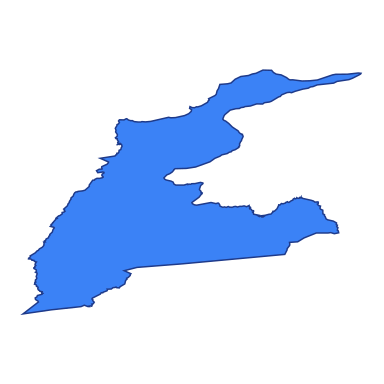 outline of Langanesbyggð, Norðurland eystra, Iceland
{"feature_id": "244011B59191424948734", "entity_name": "Langanesbyggð", "entity_type": "district", "adm_level": 2, "iso_a3": "ISL", "parent_name": "Iceland", "parent_adm1": "Norðurland eystra", "projection": "natural_earth1", "projection_center": [-15.117, 66.073], "detail": "fine", "context": "isolated", "style": "filled", "palette": "blue", "viewbox_px": 384, "rotation_deg": 0, "n_neighbors": 0, "source": "geoboundaries", "source_scale": "gbopen_adm2", "svg_char_len": 5945}
<svg xmlns="http://www.w3.org/2000/svg" viewBox="0 0 384 384"><path d="M23.0,313.9L51.3,309.8L81.1,306.6L84.3,305.2L88.0,306.6L89.0,306.6L88.6,306.2L90.3,305.9L91.7,306.2L92.2,304.9L91.8,304.1L93.0,303.9L94.0,302.7L93.8,302.6L94.0,301.9L92.7,300.6L92.8,299.6L92.1,299.3L92.1,298.4L92.4,298.1L100.3,294.1L101.3,292.7L102.8,292.8L103.2,292.2L107.0,290.8L107.6,289.6L107.3,289.2L111.4,289.0L112.9,287.7L115.3,287.4L116.0,287.0L116.7,287.7L119.3,287.9L120.1,286.7L124.8,283.9L125.6,280.5L127.0,279.1L126.6,278.3L128.3,277.4L130.2,275.5L130.1,274.8L130.9,273.7L124.2,270.7L137.0,267.4L181.6,263.9L284.8,254.4L287.0,250.1L287.2,248.6L289.6,245.5L289.8,244.3L289.5,242.4L297.7,241.8L304.1,237.9L316.3,233.0L327.9,233.0L330.8,232.6L334.3,233.7L338.7,232.8L338.3,230.9L337.3,230.2L337.9,227.5L336.7,226.7L337.4,225.2L336.3,224.6L336.5,222.9L333.3,221.1L327.6,219.8L326.1,218.9L325.3,216.8L324.4,215.6L324.5,214.7L322.9,213.8L322.8,210.2L320.4,209.1L320.0,208.2L320.5,206.1L318.5,205.5L317.4,204.1L318.2,203.6L318.3,202.2L318.0,201.9L314.9,202.1L313.4,201.0L311.2,200.3L302.3,198.3L301.9,197.7L301.0,197.9L301.0,197.1L300.5,197.8L299.6,197.5L299.2,198.3L297.6,198.3L296.8,197.7L296.6,198.3L295.5,198.8L294.7,198.7L294.5,198.3L293.8,198.7L293.0,199.3L292.8,200.2L291.3,200.7L289.0,202.4L288.1,202.3L287.5,201.7L285.7,202.5L285.5,203.0L283.0,203.8L281.4,203.5L279.9,205.0L278.8,204.8L278.1,204.9L278.8,205.1L277.0,208.8L274.4,211.2L272.2,211.4L273.4,211.6L273.1,211.9L272.6,211.6L272.9,212.0L270.8,214.2L269.3,214.2L265.1,215.3L260.9,215.8L262.3,216.2L264.5,216.0L263.2,216.9L261.8,217.0L260.8,216.1L259.4,216.6L258.1,215.8L260.5,215.6L253.6,214.2L253.3,212.6L252.8,212.4L253.6,211.4L253.5,210.7L252.1,210.7L251.4,209.5L250.6,208.8L249.8,208.9L249.5,208.1L250.4,207.3L249.1,206.4L249.1,205.5L246.6,206.7L244.1,205.9L241.6,206.4L239.9,206.3L237.5,207.0L235.7,206.4L234.0,206.6L231.9,207.4L231.0,207.1L229.9,207.3L228.3,206.5L226.2,207.4L224.5,206.9L222.8,207.3L220.0,206.1L219.7,204.8L218.8,203.4L218.1,203.0L215.9,203.6L211.0,202.5L196.6,205.2L194.3,204.8L192.3,203.6L191.9,202.5L199.1,197.2L201.2,194.4L202.0,193.8L202.2,193.2L201.3,192.9L201.7,192.5L201.0,192.0L200.9,191.2L199.8,190.1L199.4,189.3L200.7,185.5L202.7,183.9L203.0,183.4L202.9,183.0L200.5,182.4L195.0,183.6L191.7,183.7L190.7,184.3L188.8,184.1L187.9,184.6L187.4,184.0L184.0,185.1L175.8,185.1L174.0,184.1L173.1,182.1L171.0,181.1L166.2,180.0L164.6,179.1L163.9,177.9L166.8,174.9L169.7,173.7L172.1,172.1L173.8,170.2L173.8,169.7L175.1,168.7L186.4,168.4L195.6,167.0L210.0,161.8L214.9,158.3L220.0,156.2L221.7,154.9L227.4,153.5L229.1,152.3L231.4,151.7L232.1,150.7L235.2,149.7L238.9,147.4L238.7,146.8L239.7,145.8L239.5,143.8L240.3,142.5L240.4,141.9L241.5,140.7L241.6,139.8L243.1,136.6L242.8,135.3L242.1,134.8L242.3,134.3L240.4,133.6L239.0,132.4L238.4,131.1L232.3,127.0L228.7,123.4L225.7,121.1L223.7,120.2L222.8,119.1L224.0,115.9L224.9,114.6L230.2,110.1L235.9,108.7L239.4,108.5L240.9,107.6L243.8,107.2L244.8,106.6L250.4,106.0L256.7,103.9L262.7,104.0L264.4,102.7L269.4,102.0L271.3,101.3L278.8,96.8L280.2,96.5L281.7,94.8L287.0,92.6L289.5,92.3L291.6,92.7L295.1,91.3L302.9,89.1L308.2,88.2L310.6,86.9L313.0,86.6L317.2,84.9L333.7,83.1L337.1,81.4L349.0,79.6L352.4,78.3L358.9,75.0L360.6,74.0L361.0,73.3L358.3,73.0L347.5,74.2L335.7,74.3L332.5,74.9L317.4,80.0L309.6,80.8L302.1,81.0L292.7,79.8L290.3,79.9L288.8,79.4L286.6,77.6L281.2,74.9L276.2,74.1L273.5,72.5L271.6,70.3L262.9,70.1L256.0,73.3L252.3,74.0L248.5,75.5L240.8,76.5L235.2,79.2L231.0,83.0L227.5,83.8L219.9,84.4L218.5,88.6L217.1,90.8L216.2,94.4L214.9,95.6L208.6,98.7L209.2,99.9L208.2,100.9L207.6,102.3L201.4,105.8L197.7,106.9L196.4,106.8L194.6,107.7L192.1,107.6L190.0,106.6L189.6,108.4L191.6,109.7L191.2,111.4L188.7,113.7L184.5,115.6L175.4,117.6L170.9,117.8L168.6,117.3L150.7,121.4L145.5,121.9L141.9,121.6L140.8,122.0L138.0,122.0L134.2,121.6L132.3,120.6L130.8,120.7L128.4,120.0L127.1,118.9L126.3,118.7L124.0,119.9L119.4,119.8L118.5,121.0L119.4,122.5L118.3,124.0L117.0,124.6L117.0,125.5L115.3,128.3L116.0,130.3L115.6,131.9L117.4,134.6L117.1,136.3L115.4,137.8L116.0,138.6L117.3,138.8L117.3,139.8L118.5,141.6L117.7,142.4L118.1,143.5L117.7,144.5L118.6,144.2L118.1,144.1L118.5,143.9L119.6,144.0L119.4,143.6L119.8,143.6L119.5,143.4L120.4,143.4L121.1,144.2L118.7,144.6L121.1,144.2L121.8,145.1L122.0,146.5L121.3,147.6L120.8,149.6L119.1,150.3L118.9,152.0L118.4,153.0L116.8,153.3L116.8,154.6L115.7,155.0L115.0,156.0L100.2,158.3L108.5,162.0L108.4,162.7L107.1,164.2L101.8,166.6L101.6,167.5L102.1,168.8L102.0,169.1L99.2,169.2L96.5,170.7L97.8,172.7L102.7,172.0L103.9,172.3L104.0,172.9L102.0,174.3L101.9,175.7L103.0,176.5L103.1,177.2L102.1,177.8L99.4,178.4L97.0,178.3L94.8,179.4L94.5,180.1L92.7,180.2L89.2,185.1L89.3,186.4L85.0,190.2L82.4,190.9L77.9,191.4L77.6,191.8L76.0,191.9L74.8,192.7L73.8,194.2L73.3,195.9L70.9,198.1L71.0,199.1L69.4,201.4L69.3,202.5L68.1,203.8L67.4,205.8L63.7,209.1L64.5,209.8L64.3,210.6L65.0,211.2L64.0,212.1L62.1,212.5L62.3,213.8L60.0,215.5L58.6,215.9L56.2,218.0L57.0,218.5L55.7,219.0L55.4,219.8L53.4,222.0L53.3,222.5L52.6,222.8L52.3,223.6L51.1,224.5L51.5,225.1L50.3,226.4L53.8,227.3L54.3,227.9L53.0,229.6L52.3,232.1L49.8,234.4L49.8,235.4L48.9,236.3L48.4,237.8L46.1,239.0L45.7,240.2L44.5,241.0L45.2,241.9L43.7,242.1L44.1,242.9L43.8,245.5L42.4,247.2L39.4,248.9L38.3,250.4L37.2,250.8L35.2,252.9L30.2,255.9L30.5,256.4L29.7,257.6L28.6,258.2L28.5,258.9L30.6,259.0L31.9,259.7L31.9,260.2L34.0,260.4L34.3,261.2L36.4,262.0L35.5,262.9L35.6,263.5L35.0,264.2L35.8,265.6L34.8,266.2L34.9,267.3L33.9,267.7L33.9,268.5L36.2,269.8L36.4,271.7L35.5,272.2L37.1,273.2L37.1,274.0L36.2,276.5L36.8,278.1L36.2,279.5L35.5,279.8L35.3,281.2L35.8,282.0L34.9,282.4L34.7,283.1L35.0,283.7L34.6,284.2L36.3,285.0L36.7,285.8L36.5,286.3L38.1,287.3L37.8,288.8L38.5,290.1L39.3,290.3L39.9,291.3L42.1,291.7L41.7,292.6L42.8,293.3L41.8,293.8L41.9,294.3L37.4,295.5L36.9,296.9L35.2,297.9L35.5,299.5L38.0,301.1L38.4,302.0L23.0,313.9Z" fill="#3b82f6" stroke="#1e3a8a" stroke-width="1.5"/></svg>